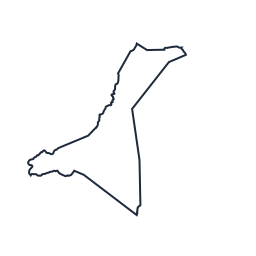 the district of Jacaleapa, El Paraíso, Honduras, rotated 37°
{"feature_id": "27666195B90337288722280", "entity_name": "Jacaleapa", "entity_type": "district", "adm_level": 2, "iso_a3": "HND", "parent_name": "Honduras", "parent_adm1": "El Paraíso", "projection": "albers", "projection_center": [-86.709, 14.063], "detail": "fine", "context": "isolated", "style": "outline", "palette": "slate", "viewbox_px": 256, "rotation_deg": 37, "n_neighbors": 0, "source": "geoboundaries", "source_scale": "gbopen_adm2", "svg_char_len": 5299}
<svg xmlns="http://www.w3.org/2000/svg" viewBox="0 0 256 256"><g transform="rotate(37 128 128)"><path d="M78.8,224.3L78.7,223.8L78.7,223.3L78.8,222.8L78.9,222.6L79.0,222.5L80.6,221.6L81.1,221.2L81.9,220.5L82.3,220.3L82.5,220.2L83.0,220.2L83.6,220.3L84.0,220.3L84.4,220.3L84.8,220.2L85.0,220.1L85.3,219.8L85.5,219.6L86.4,219.1L86.9,218.7L87.1,218.4L87.3,217.5L87.4,217.3L87.4,217.0L87.4,216.8L87.5,216.5L87.6,216.3L87.8,216.0L88.6,215.3L89.2,214.7L89.3,214.6L89.6,214.0L90.0,213.3L90.3,212.8L91.0,212.0L91.5,211.3L91.7,210.9L91.8,210.4L92.0,210.2L92.4,209.7L93.0,209.1L93.5,208.6L93.7,208.4L94.2,207.7L94.3,207.2L94.4,206.9L94.5,206.8L94.7,206.6L94.9,206.5L95.6,206.2L96.2,206.1L96.5,205.6L96.8,205.1L97.2,204.6L97.3,204.6L97.9,204.8L98.7,204.9L98.9,205.0L99.3,205.2L99.7,205.4L100.0,205.5L100.3,205.5L100.5,205.5L100.7,205.3L101.0,205.3L101.8,205.2L102.5,205.2L102.9,205.1L103.7,204.9L104.8,204.6L105.7,204.4L106.5,204.3L106.8,204.2L107.0,204.1L107.4,203.8L107.5,203.6L108.0,202.7L108.4,202.1L108.5,202.0L108.8,202.1L109.1,202.1L109.3,201.9L110.3,200.6L110.6,200.2L110.8,199.6L110.8,198.8L110.9,198.1L110.8,197.3L110.9,195.6L110.9,195.1L110.9,194.9L110.8,194.5L120.9,192.0L187.3,192.3L187.1,191.8L187.0,191.4L187.0,191.0L186.9,190.8L186.8,190.5L186.5,190.3L186.3,190.2L186.0,190.0L185.7,189.8L185.7,189.7L185.5,188.7L185.3,188.4L184.9,187.9L184.6,187.6L184.3,187.0L184.1,186.4L183.8,186.1L183.7,185.8L183.7,185.7L183.7,185.1L183.7,184.5L183.8,184.2L183.8,183.9L184.0,183.6L184.3,182.7L184.4,182.4L184.3,182.1L156.4,146.6L119.8,110.3L121.0,50.7L130.2,34.7L129.9,34.5L129.2,34.1L128.7,33.8L128.4,33.7L128.0,33.6L127.4,33.6L126.7,33.5L126.3,33.4L125.8,33.1L125.2,32.8L124.0,32.5L123.6,32.6L123.3,32.6L122.8,32.2L122.4,32.0L122.3,31.9L122.3,31.7L122.1,31.9L121.0,32.7L120.5,33.0L120.2,33.1L119.0,33.2L118.6,33.3L118.4,33.3L118.1,33.4L117.9,33.6L117.0,34.3L115.4,35.9L114.6,36.5L114.1,37.1L113.4,37.9L113.0,38.3L112.5,38.8L112.0,39.3L111.8,39.6L111.4,40.1L111.2,40.3L111.0,40.5L110.5,40.8L110.0,41.2L109.6,41.5L109.4,41.9L109.3,42.0L109.3,42.3L109.3,42.5L109.4,42.8L109.6,43.2L109.7,43.4L109.9,43.6L96.3,54.3L84.2,55.3L85.1,57.5L85.1,58.5L85.1,59.1L85.2,59.8L85.3,60.5L85.4,61.1L85.5,61.8L85.4,62.3L85.1,62.8L84.8,63.7L84.4,64.3L84.2,64.7L83.8,65.1L87.2,90.4L88.5,91.2L88.7,91.4L89.1,92.0L89.5,92.6L89.9,93.2L90.4,94.0L90.7,94.4L91.2,95.1L91.7,95.8L92.0,96.3L92.1,96.5L92.3,97.1L92.7,98.2L92.8,98.6L92.8,98.8L92.6,99.1L92.5,99.5L92.0,100.4L91.9,100.6L91.9,100.8L92.6,102.3L93.0,102.9L93.4,103.6L94.1,104.6L94.3,104.8L94.4,105.1L94.5,105.4L94.5,105.9L94.4,106.2L94.4,106.7L94.3,107.0L94.4,107.4L94.5,107.6L94.7,107.8L94.9,108.0L95.4,108.3L96.0,108.4L96.2,108.5L96.4,108.6L96.5,108.7L96.5,108.8L96.4,109.1L95.9,109.6L95.6,109.9L95.2,110.4L95.0,110.8L94.9,110.9L94.9,111.2L94.9,111.4L95.0,111.6L95.1,111.8L95.3,111.9L96.7,111.9L97.0,112.0L97.3,112.1L97.6,112.3L97.7,112.5L97.8,112.7L97.9,112.9L98.2,113.1L98.3,113.2L99.0,113.3L99.2,113.6L99.2,114.1L99.2,114.5L99.0,115.2L99.0,115.5L99.1,115.8L99.4,116.0L99.7,116.2L99.9,116.3L100.0,116.4L100.1,116.5L99.3,117.8L99.2,117.9L99.2,118.1L99.3,118.2L99.4,118.3L99.8,118.5L100.2,118.8L100.4,119.0L100.5,119.2L100.6,119.5L100.7,119.8L100.5,120.1L100.2,120.5L99.2,121.1L99.0,121.4L98.8,121.7L98.6,122.1L98.4,122.6L97.8,123.6L97.7,123.9L97.6,124.2L97.6,124.5L97.7,124.9L97.8,125.2L98.1,125.6L98.3,126.3L98.3,126.7L98.4,128.5L98.6,129.6L99.0,130.4L99.1,130.8L99.1,131.2L99.1,131.6L99.0,132.0L98.9,132.3L98.8,132.6L98.6,132.9L98.2,133.4L97.4,134.2L97.3,134.3L97.3,134.5L97.4,134.8L97.6,135.0L97.8,135.2L98.2,135.4L98.4,135.6L98.6,135.8L98.7,136.0L98.7,136.3L98.7,136.5L98.9,136.9L99.0,137.2L99.2,137.5L99.6,138.1L99.8,138.4L100.3,138.8L100.4,139.0L100.5,139.2L100.6,139.4L100.6,139.8L100.6,140.2L100.5,140.7L100.5,140.9L100.5,141.2L100.5,141.4L100.6,141.7L100.8,141.9L101.3,142.6L101.8,143.4L102.0,143.7L102.1,144.0L102.2,144.6L102.4,145.3L102.4,145.9L102.4,146.9L102.4,147.3L102.3,147.5L102.1,147.3L100.8,158.1L84.5,185.8L84.3,186.5L84.2,187.6L84.0,188.1L84.0,188.3L83.7,188.5L83.3,189.1L83.1,189.6L82.9,190.1L82.9,190.5L82.9,190.9L83.5,193.3L83.5,193.5L83.4,193.9L83.3,194.2L83.2,194.4L83.1,194.6L82.9,194.8L82.6,195.0L82.0,195.2L80.6,195.5L79.7,195.8L79.4,195.9L78.9,196.2L78.3,196.7L78.1,196.8L77.7,196.8L77.1,196.6L76.7,196.5L76.0,196.3L75.4,196.2L74.8,196.2L74.7,196.2L74.5,196.3L74.4,196.4L74.3,196.6L74.2,196.8L74.0,197.4L73.9,198.0L73.9,198.3L74.0,198.7L73.9,199.0L73.7,199.3L73.5,199.5L73.3,199.6L73.2,199.7L73.1,199.8L73.0,200.0L73.0,200.3L73.0,200.7L73.1,201.4L73.0,201.6L72.9,202.1L72.9,202.7L72.9,203.2L72.8,203.6L72.6,203.9L72.1,204.3L71.8,204.7L71.8,204.8L71.9,205.1L71.9,205.3L72.0,206.0L71.8,206.2L71.5,206.7L71.4,206.8L71.0,208.0L70.8,208.8L70.9,209.0L71.0,209.2L71.0,209.7L70.9,210.0L70.2,210.7L69.9,211.1L69.7,211.4L69.6,211.5L69.4,211.6L69.1,212.1L68.7,213.2L68.7,213.4L68.7,214.1L68.8,215.0L68.9,215.4L69.1,215.7L69.3,216.0L69.5,216.2L69.9,216.4L70.4,216.6L70.8,216.7L71.3,216.8L71.7,216.7L72.0,216.6L72.5,216.4L72.7,216.2L72.9,216.0L73.0,215.9L73.4,215.8L73.8,215.8L74.2,215.8L74.5,216.0L74.8,216.3L74.9,216.5L74.9,216.8L74.8,218.0L74.6,219.6L74.6,220.2L74.6,220.5L74.7,220.9L74.8,221.3L75.2,222.2L75.5,222.6L75.8,223.2L76.2,223.5L76.5,223.7L76.8,223.9L77.2,224.0L78.5,224.2L78.8,224.3Z" fill="none" stroke="#1e293b" stroke-width="2"/></g></svg>